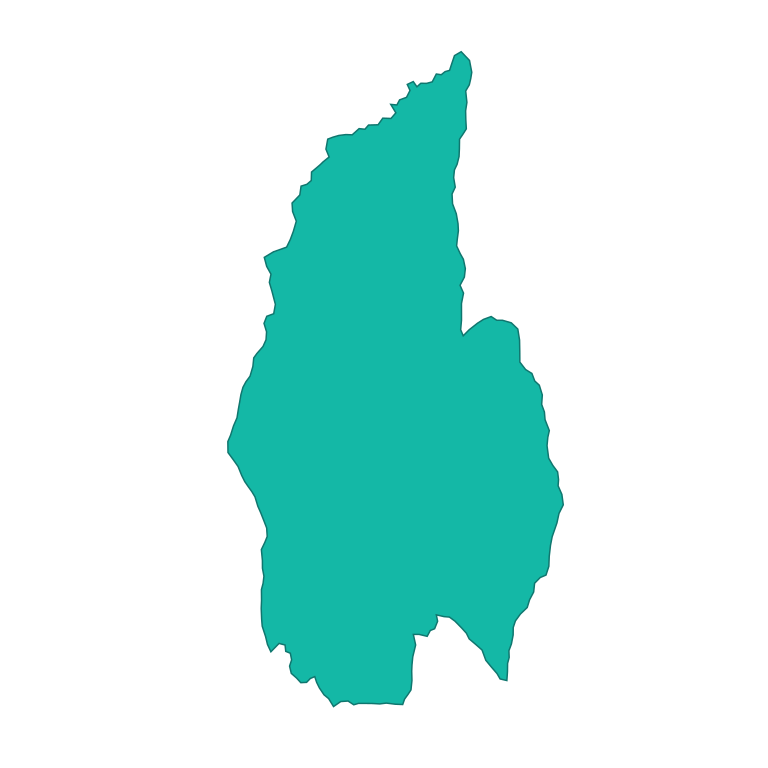 Curitiba, Paraná, Brazil, rotated 173°
{"feature_id": "56859067B20014913756231", "entity_name": "Curitiba", "entity_type": "district", "adm_level": 2, "iso_a3": "BRA", "parent_name": "Brazil", "parent_adm1": "Paraná", "projection": "equal_earth", "projection_center": [-49.292, -25.495], "detail": "fine", "context": "isolated", "style": "filled", "palette": "teal", "viewbox_px": 768, "rotation_deg": 173, "n_neighbors": 0, "source": "geoboundaries", "source_scale": "gbopen_adm2", "svg_char_len": 3008}
<svg xmlns="http://www.w3.org/2000/svg" viewBox="0 0 768 768"><g transform="rotate(173 384 384)"><path d="M298.2,74.7L296.5,83.5L295.4,91.6L293.1,97.3L292.5,104.1L289.2,110.5L286.4,119.2L285.4,126.6L282.4,132.9L276.6,139.1L269.1,144.7L265.8,152.1L260.8,159.3L258.8,167.9L252.5,172.9L246.5,174.6L242.6,183.0L241.0,192.8L238.4,203.6L235.7,211.9L229.3,225.0L226.1,234.2L220.8,242.2L220.9,252.7L223.6,261.7L222.4,267.9L222.4,275.6L226.4,282.7L229.6,290.3L229.7,302.9L227.9,311.1L225.6,317.6L228.5,329.0L228.2,336.7L230.0,344.5L228.2,353.8L230.0,363.9L234.0,368.6L235.9,376.4L241.7,381.1L246.5,389.2L245.3,399.6L244.1,411.1L244.5,422.2L250.2,429.2L258.6,432.8L264.3,433.5L269.4,437.9L277.4,436.0L283.7,433.0L292.8,427.5L299.5,422.2L301.3,428.5L299.3,437.9L297.3,454.4L294.0,464.5L296.5,472.7L291.2,480.3L289.2,488.6L290.0,498.1L292.5,504.2L295.1,512.2L293.7,518.4L291.5,527.0L291.0,534.1L291.5,544.2L294.0,554.5L293.3,564.3L289.3,570.7L289.7,580.4L288.0,587.9L284.7,593.1L281.8,600.6L280.5,608.3L279.2,617.8L275.4,622.1L271.2,627.2L270.6,636.2L269.7,645.2L267.4,653.4L267.2,664.9L262.9,670.5L260.7,676.5L258.9,682.7L259.7,694.7L266.9,704.4L274.0,701.4L277.7,693.7L280.7,687.3L285.3,686.6L289.5,684.0L294.3,685.3L299.3,678.0L305.1,677.2L310.8,678.0L315.1,675.0L318.1,680.6L324.4,678.5L322.4,672.2L326.7,665.8L333.9,664.1L337.2,659.4L343.2,660.7L339.2,651.7L344.7,646.7L352.8,648.0L358.3,642.0L367.8,642.9L371.9,639.2L377.6,640.5L385.2,635.2L391.4,636.2L398.5,636.2L404.7,635.2L410.0,633.9L413.0,624.2L410.8,616.0L417.1,612.1L421.1,609.1L425.8,606.0L430.1,603.2L431.4,594.8L436.2,591.6L442.2,590.5L444.5,581.9L453.2,574.8L453.7,566.3L451.2,556.3L455.4,546.5L459.4,538.8L464.0,531.7L477.5,528.7L487.4,524.3L486.1,515.0L482.8,506.8L485.4,498.8L483.9,489.7L482.1,476.3L484.9,467.2L492.1,465.5L495.7,458.8L494.2,450.1L495.7,442.3L499.5,436.0L506.4,429.8L510.1,425.8L512.0,417.4L516.0,408.1L520.8,403.0L524.4,397.9L527.3,390.9L529.5,383.5L531.6,376.8L534.0,368.4L538.5,360.7L542.5,351.9L546.0,345.9L547.2,335.0L542.7,327.0L538.9,319.9L536.4,310.6L534.1,304.1L531.1,298.4L528.3,293.3L525.8,287.7L524.1,278.0L522.1,271.4L519.9,263.0L518.0,255.4L518.5,246.9L521.6,241.3L525.9,234.6L526.2,223.5L527.1,216.0L526.6,207.9L528.3,200.9L530.7,194.9L531.9,184.2L533.2,176.4L534.1,165.6L534.4,158.5L532.3,147.7L531.4,139.7L528.9,132.0L519.8,139.3L514.0,137.0L514.1,130.6L509.8,128.2L509.3,121.5L512.1,115.5L511.3,108.1L506.6,102.8L503.0,97.7L497.2,97.3L493.0,100.7L488.4,102.0L487.2,96.0L485.2,90.3L481.4,82.8L477.3,78.5L473.4,70.0L465.6,74.1L458.3,73.7L453.1,69.3L448.3,70.1L441.7,69.3L434.4,68.3L427.2,67.0L420.6,67.0L411.8,64.8L404.5,63.6L402.0,68.7L398.0,73.0L394.5,77.1L392.4,86.3L391.5,95.6L390.5,101.6L388.7,109.7L384.4,121.1L385.4,131.9L379.7,131.2L371.9,128.3L368.1,133.7L363.6,134.9L359.7,142.0L360.2,148.5L352.8,145.8L347.5,144.7L342.5,140.0L336.6,132.3L332.6,126.6L330.5,120.6L324.4,114.0L319.1,108.0L316.6,97.3L311.6,89.5L307.1,82.8L304.7,77.1L298.2,74.7Z" fill="#14b8a6" stroke="#0f766e" stroke-width="1.5"/></g></svg>